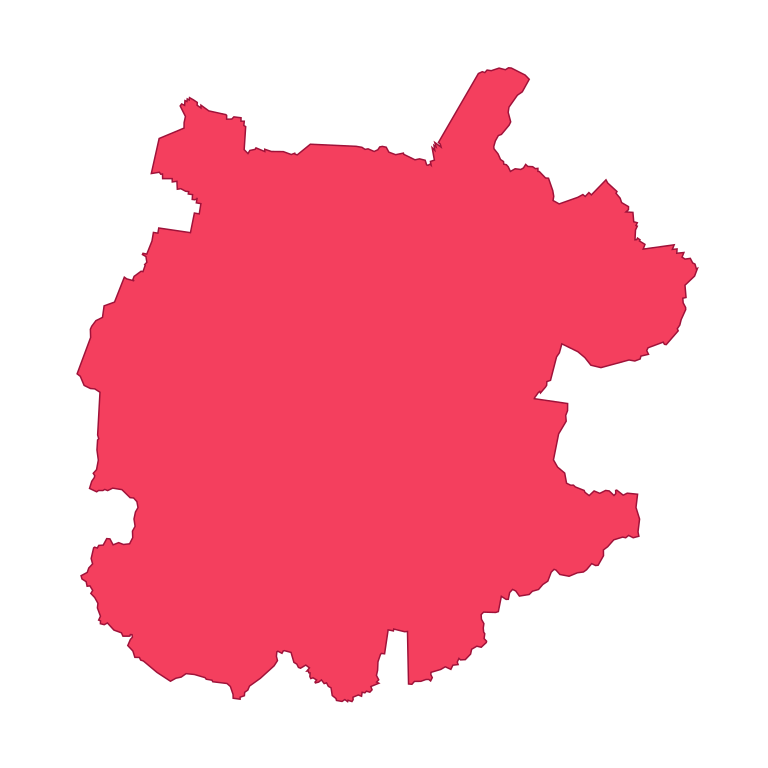 outline of Atotonilco el Alto, Jalisco, Mexico, rotated 183°
{"feature_id": "50627088B13476229601831", "entity_name": "Atotonilco el Alto", "entity_type": "district", "adm_level": 2, "iso_a3": "MEX", "parent_name": "Mexico", "parent_adm1": "Jalisco", "projection": "robinson", "projection_center": [-102.554, 20.541], "detail": "fine", "context": "isolated", "style": "filled", "palette": "rose", "viewbox_px": 768, "rotation_deg": 183, "n_neighbors": 0, "source": "geoboundaries", "source_scale": "gbopen_adm2", "svg_char_len": 6069}
<svg xmlns="http://www.w3.org/2000/svg" viewBox="0 0 768 768"><g transform="rotate(183 384 384)"><path d="M399.4,65.2L398.3,67.1L398.6,69.6L393.4,72.1L390.1,71.0L389.7,75.0L386.9,74.6L385.5,76.3L382.0,75.5L379.9,78.0L381.3,81.2L373.5,84.9L375.8,86.0L373.8,88.3L376.3,92.6L375.4,97.8L375.5,106.2L373.4,113.7L372.5,114.8L369.3,114.6L367.0,138.7L361.7,137.9L361.5,139.8L350.4,137.7L347.6,138.1L343.8,85.7L340.4,85.6L338.0,88.6L331.7,89.0L326.7,91.1L323.8,91.3L321.9,89.9L320.4,93.3L322.0,96.2L322.0,98.5L312.4,101.9L308.0,104.8L302.3,102.5L300.5,106.8L295.3,107.7L296.3,110.2L294.8,113.9L293.2,112.5L288.4,113.0L283.4,118.8L282.6,123.7L277.6,127.0L273.1,126.2L268.3,131.2L268.1,132.5L270.7,135.0L270.3,139.9L271.5,141.4L272.1,145.5L271.7,149.9L274.4,154.2L274.9,158.8L272.6,161.4L260.5,161.7L257.9,162.7L255.7,178.1L250.8,175.3L248.6,175.5L247.6,182.3L244.8,185.6L241.6,184.2L237.7,179.3L228.0,181.4L225.0,184.8L218.9,186.9L214.9,192.1L210.1,195.7L207.2,204.8L204.5,207.8L202.5,207.2L198.4,203.0L189.1,201.7L181.0,205.6L175.0,206.7L172.0,209.1L167.2,215.5L163.2,213.8L160.7,214.2L155.8,224.0L156.2,229.8L152.1,233.2L146.4,240.4L137.7,243.6L134.6,243.1L131.8,245.6L127.1,243.5L121.5,245.3L122.6,249.6L121.7,262.5L125.9,273.9L125.0,287.2L135.4,287.7L139.3,285.5L146.0,290.2L147.1,289.8L146.8,286.7L148.5,284.7L153.5,289.0L157.1,289.3L162.8,286.1L168.6,288.2L173.3,283.3L177.6,286.3L178.6,288.2L187.5,291.2L189.5,292.9L192.3,292.7L196.5,294.5L198.9,304.5L206.3,310.1L210.8,317.1L207.0,343.3L200.1,356.4L200.9,362.1L199.3,367.0L199.6,374.1L233.1,377.2L233.0,378.0L229.4,383.6L228.1,384.7L227.3,383.2L222.6,389.3L221.5,391.2L221.5,394.9L217.9,396.4L213.1,420.1L210.5,424.3L208.5,433.4L192.1,426.4L184.8,420.9L178.4,413.6L168.2,411.7L140.6,420.8L134.7,420.1L129.5,422.4L128.9,425.3L121.4,427.5L123.4,431.1L122.2,434.0L107.4,440.4L106.0,438.3L104.2,438.1L93.0,452.5L94.0,454.6L91.7,458.3L90.6,463.9L86.6,474.1L86.8,476.2L89.5,480.7L90.1,485.3L86.9,486.2L88.6,498.4L79.5,508.0L77.0,515.9L78.1,515.3L79.7,520.0L82.1,521.1L84.7,525.5L89.9,524.5L93.0,526.3L91.4,531.0L98.5,529.9L98.4,534.2L103.1,533.5L101.5,538.2L132.2,532.3L130.7,537.1L136.4,540.2L135.9,541.4L138.5,543.0L139.2,541.4L140.9,541.1L140.9,551.0L139.3,554.9L140.7,555.4L139.5,558.3L143.1,559.1L144.4,568.4L151.4,568.5L149.0,570.9L149.1,573.9L156.2,577.6L157.9,581.9L162.3,586.6L161.4,588.4L171.1,596.4L173.0,599.5L186.8,583.7L189.4,585.9L192.9,581.8L195.3,583.6L200.2,580.6L218.5,573.0L224.8,576.1L224.3,580.3L225.6,586.0L230.5,598.1L233.5,598.2L240.0,604.3L241.4,604.4L241.6,607.4L244.2,607.0L246.9,608.8L251.8,608.8L254.0,610.7L256.0,607.1L258.6,605.4L264.3,605.8L268.9,602.9L271.3,607.4L273.3,609.4L275.9,609.8L276.3,612.4L279.4,614.3L282.1,619.7L286.5,624.7L286.8,626.9L285.5,632.6L282.8,638.1L279.8,639.4L272.6,649.0L271.2,652.4L274.2,661.8L273.7,667.0L265.9,679.4L261.2,683.0L254.9,695.9L259.2,699.9L273.4,706.2L276.2,706.3L279.2,704.2L285.6,705.5L293.3,702.5L297.5,702.9L299.6,700.3L302.2,701.0L306.0,699.0L342.3,628.0L340.4,626.6L339.4,623.6L345.9,627.8L344.4,623.4L346.6,624.9L345.5,620.0L348.3,622.5L345.4,610.2L349.3,608.7L348.4,605.0L349.5,606.0L351.5,604.7L352.9,605.1L354.6,609.6L360.3,610.7L364.8,609.5L376.3,614.4L376.7,615.6L384.4,613.6L391.3,615.8L394.2,620.6L398.1,621.2L400.7,620.5L402.4,617.6L406.0,615.7L412.2,618.0L415.2,617.3L418.4,619.2L424.2,619.9L470.1,619.6L482.6,608.3L484.8,608.8L485.2,609.8L488.6,608.3L496.7,610.8L508.6,610.3L515.4,612.2L515.2,609.9L524.2,613.1L525.0,611.6L530.2,610.2L531.9,607.0L535.9,610.7L535.6,633.8L537.5,634.8L537.3,639.1L540.6,639.0L540.7,642.4L547.9,642.9L549.9,640.6L555.0,640.2L555.2,644.0L556.0,644.7L573.3,647.6L581.4,652.9L581.3,650.1L585.2,652.6L585.2,655.4L589.2,657.8L593.2,659.8L593.4,657.4L595.4,658.4L595.6,655.8L597.6,656.6L597.7,651.8L600.7,653.1L602.1,651.0L596.3,640.8L597.3,634.6L597.1,629.1L621.4,617.4L627.4,582.0L619.4,583.7L617.9,581.8L616.2,582.1L615.8,577.5L606.3,578.0L606.0,574.7L601.4,575.6L600.6,567.7L597.1,568.4L592.2,566.1L589.1,565.9L589.4,563.5L585.1,563.1L585.2,558.3L582.6,558.1L580.6,558.9L580.3,560.2L580.9,555.1L576.3,554.5L577.4,544.2L582.3,544.8L585.2,525.0L617.1,528.0L617.7,522.8L622.2,523.3L623.2,514.6L627.7,501.3L631.5,501.9L632.0,500.6L628.4,498.8L627.2,493.1L629.3,490.7L628.7,489.9L630.6,483.6L632.5,483.9L639.2,478.4L640.3,475.0L638.9,473.9L646.4,475.5L648.9,477.1L657.4,451.7L667.6,447.4L668.6,435.8L675.0,432.2L678.9,426.4L680.1,423.3L679.4,415.1L691.0,378.1L687.7,375.8L683.4,366.9L676.9,364.1L672.6,364.0L667.2,360.9L667.3,318.1L666.0,314.4L667.1,313.1L667.2,303.1L665.3,293.0L666.6,283.4L669.7,279.6L668.1,277.4L668.3,275.6L670.8,271.5L672.6,264.3L665.3,261.3L663.5,262.7L659.2,262.9L657.3,264.1L654.4,263.1L649.5,265.8L640.2,264.8L631.6,257.2L628.1,257.1L624.6,253.6L623.2,247.7L625.5,243.2L626.6,236.1L625.1,228.8L627.5,223.9L626.9,217.4L629.7,211.1L635.8,210.1L640.7,211.7L646.1,209.2L649.6,215.0L652.8,215.1L656.0,208.4L660.4,207.9L661.7,205.2L664.5,205.9L665.4,205.1L667.3,194.4L665.6,189.1L669.2,184.8L670.5,180.3L676.5,176.7L675.4,173.5L671.1,171.0L669.9,166.5L667.1,167.0L664.1,162.6L665.8,159.5L661.7,155.6L658.2,150.0L658.5,145.4L655.0,137.3L656.6,133.3L654.7,132.6L654.7,129.8L650.8,129.0L647.7,130.9L640.8,124.1L633.2,121.8L631.5,118.5L624.6,118.9L624.2,120.5L622.5,120.5L622.0,118.0L623.9,115.6L626.2,109.4L620.8,104.2L618.5,98.0L613.9,98.1L612.6,95.6L609.8,94.8L595.6,84.1L581.7,76.0L576.4,79.3L571.2,80.7L566.5,84.4L558.2,84.0L547.3,81.4L546.1,79.9L540.3,79.2L539.4,77.7L525.1,76.7L521.6,73.9L518.5,66.1L518.2,62.3L511.2,61.7L511.3,63.7L507.1,65.4L507.0,68.8L504.0,71.2L502.5,75.3L492.1,83.6L479.0,96.8L475.9,102.2L477.2,106.4L477.0,110.9L476.0,111.6L471.8,109.7L470.6,112.2L469.5,112.5L462.8,111.1L459.4,101.3L456.4,99.7L454.6,96.5L452.5,95.8L447.4,99.2L443.6,96.6L446.0,93.3L444.7,93.5L444.0,91.7L442.7,91.6L442.7,87.9L441.7,86.0L439.5,86.9L435.8,84.9L437.3,82.7L436.8,81.9L433.6,82.9L431.0,85.2L428.1,81.7L425.7,82.5L423.8,79.2L421.0,77.8L419.4,70.2L415.5,67.4L414.9,65.5L409.3,64.8L406.6,66.8L403.7,64.9L403.4,66.3L399.4,65.2Z" fill="#f43f5e" stroke="#9f1239" stroke-width="1.5"/></g></svg>